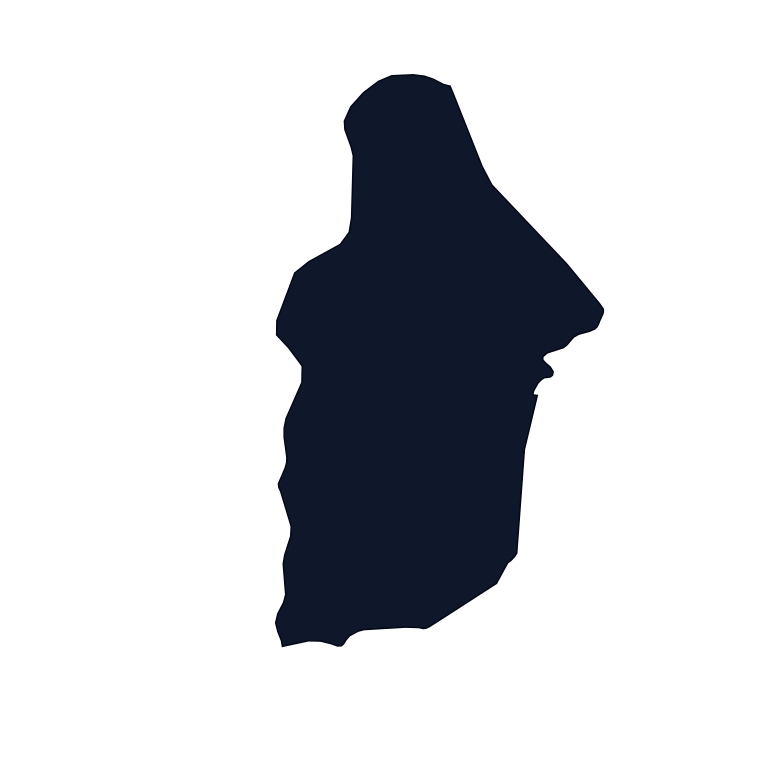 SVG path tracing the border of Chikwawa, rotated 45°
{"feature_id": "MWI-1916", "entity_name": "Chikwawa", "entity_type": "District", "adm_level": 1, "iso_a3": "MWI", "parent_name": "Malawi", "parent_adm1": "", "projection": "albers", "projection_center": [34.734, -16.216], "detail": "fine", "context": "isolated", "style": "filled", "palette": "ink", "viewbox_px": 768, "rotation_deg": 45, "n_neighbors": 0, "source": "natural_earth", "source_scale": "10m", "svg_char_len": 1370}
<svg xmlns="http://www.w3.org/2000/svg" viewBox="0 0 768 768"><g transform="rotate(45 384 384)"><path d="M497.7,641.4L493.0,638.0L484.1,634.2L476.3,629.5L471.3,621.4L467.7,609.9L463.6,602.6L439.9,582.4L434.8,575.3L425.7,557.6L419.1,550.3L386.9,533.0L383.0,531.6L379.9,529.2L373.6,513.4L370.9,508.6L367.5,504.8L351.0,492.2L344.7,485.9L339.2,477.7L324.9,441.0L313.5,429.1L290.9,425.8L273.4,425.2L263.4,414.9L242.4,368.6L244.4,350.5L254.4,316.2L252.1,301.3L243.5,289.3L200.9,244.3L193.4,239.7L176.4,231.7L170.1,226.1L164.5,211.4L163.5,192.4L166.1,173.9L171.5,160.6L186.0,144.7L195.0,137.7L203.7,133.5L214.2,130.2L219.8,126.9L220.0,126.6L227.3,129.6L299.3,160.7L319.5,167.0L428.2,169.9L479.7,174.8L486.2,176.0L488.3,178.1L489.3,180.1L492.1,187.4L493.3,190.0L494.2,192.9L494.1,196.1L492.2,201.0L486.4,211.3L484.9,217.0L485.7,227.0L485.1,231.5L477.4,246.6L477.0,252.5L479.5,254.8L484.4,254.9L489.5,254.4L494.9,255.7L496.9,258.6L496.6,261.4L492.8,266.4L492.2,269.7L492.2,274.2L494.4,282.4L495.8,285.1L497.3,286.2L500.5,283.7L529.6,331.1L597.5,409.8L598.3,413.7L598.5,419.1L597.9,423.0L604.5,445.5L587.7,523.4L586.3,527.1L584.6,529.2L580.9,531.5L571.1,540.7L543.5,571.8L540.4,577.2L537.6,586.5L538.1,592.0L539.2,596.4L538.9,599.4L536.2,602.2L530.0,605.1L520.8,610.7L512.2,618.9L501.3,635.8L501.2,635.8L497.7,641.4Z" fill="#0f172a" stroke="#020617" stroke-width="1.5"/></g></svg>